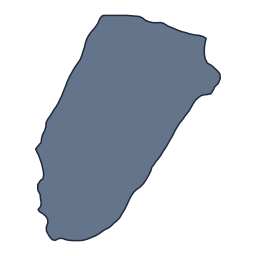 Nyali, Coast, Kenya (Albers equal-area conic projection)
{"feature_id": "3690345B58494489025359", "entity_name": "Nyali", "entity_type": "district", "adm_level": 2, "iso_a3": "KEN", "parent_name": "Kenya", "parent_adm1": "Coast", "projection": "albers", "projection_center": [39.702, -4.031], "detail": "fine", "context": "isolated", "style": "filled", "palette": "slate", "viewbox_px": 256, "rotation_deg": 0, "n_neighbors": 0, "source": "geoboundaries", "source_scale": "gbopen_adm2", "svg_char_len": 2020}
<svg xmlns="http://www.w3.org/2000/svg" viewBox="0 0 256 256"><path d="M40.6,180.3L37.7,184.5L37.8,190.0L40.2,194.8L40.5,199.1L41.2,202.5L40.8,206.2L38.1,209.6L39.9,212.0L43.0,213.8L45.4,215.8L47.5,218.9L47.9,222.6L46.3,227.0L46.5,231.1L48.1,234.2L49.8,237.0L52.2,239.7L55.3,240.3L58.8,238.5L62.3,238.4L65.9,239.7L69.9,240.4L73.6,240.6L76.4,240.6L79.5,240.6L83.0,240.3L86.3,239.4L89.0,238.5L92.2,237.1L95.6,235.7L98.7,234.0L101.8,231.7L104.9,229.6L108.6,227.9L111.7,225.4L113.7,223.3L116.2,221.3L119.7,217.8L122.5,212.8L124.8,209.1L127.2,204.2L129.7,198.7L132.0,194.6L134.1,191.8L137.2,189.0L140.0,187.1L143.4,183.7L145.6,180.4L147.2,177.7L148.9,174.8L150.6,171.3L152.0,166.9L154.0,164.4L155.8,161.6L158.3,158.7L160.9,155.2L163.1,151.3L165.5,147.9L167.2,145.0L168.9,142.0L170.4,139.4L171.9,136.9L173.5,133.7L175.1,130.5L177.6,126.3L179.8,123.0L182.7,119.4L185.0,116.0L186.8,113.8L189.3,110.5L191.3,106.9L193.5,103.1L195.2,100.6L198.2,97.7L200.8,95.8L204.0,94.8L206.9,94.6L211.0,93.7L213.0,90.5L214.6,87.1L218.3,83.3L220.3,78.5L219.8,73.7L217.5,71.0L215.0,68.6L211.7,65.6L207.3,63.0L205.1,58.6L204.3,53.8L204.3,49.5L204.6,46.2L205.2,42.2L206.1,38.4L203.6,36.8L199.8,35.5L194.5,34.9L189.8,33.9L186.0,32.7L182.0,31.7L177.8,30.2L174.4,28.7L171.7,27.6L168.5,26.3L166.0,24.9L163.5,23.3L160.3,22.5L156.5,22.7L153.3,22.7L149.1,21.8L145.2,20.2L142.5,17.9L138.9,16.4L133.8,16.0L129.4,15.6L126.3,15.4L122.3,15.4L117.6,15.4L113.9,15.4L110.2,15.4L106.0,15.4L102.5,15.6L100.0,18.3L98.0,23.1L95.7,26.6L93.8,29.0L91.5,31.5L88.8,35.2L87.0,38.5L86.0,41.2L85.2,43.9L84.4,47.6L82.8,52.2L81.8,55.6L80.2,59.6L77.3,63.8L75.0,67.1L73.2,70.1L71.8,72.6L70.0,75.6L68.5,78.9L67.1,81.8L66.0,85.1L64.5,88.8L62.8,93.1L61.4,96.7L59.7,99.9L57.8,104.0L55.8,107.2L54.0,109.6L52.5,112.2L50.1,116.0L48.1,118.7L46.1,122.5L45.8,127.0L44.7,130.6L42.6,134.5L41.6,138.2L41.1,142.4L38.1,145.9L35.7,149.0L36.9,151.9L38.7,155.4L40.2,159.6L41.8,164.2L42.8,168.7L43.5,172.5L43.6,175.4L42.9,178.9L40.6,180.3Z" fill="#64748b" stroke="#1e293b" stroke-width="1.5"/></svg>